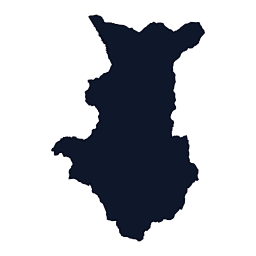 outline of Dagua, Valle del Cauca, Colombia
{"feature_id": "7082276B1809548619611", "entity_name": "Dagua", "entity_type": "district", "adm_level": 2, "iso_a3": "COL", "parent_name": "Colombia", "parent_adm1": "Valle del Cauca", "projection": "mercator", "projection_center": [-76.728, 3.651], "detail": "fine", "context": "isolated", "style": "filled", "palette": "ink", "viewbox_px": 256, "rotation_deg": 0, "n_neighbors": 0, "source": "geoboundaries", "source_scale": "gbopen_adm2", "svg_char_len": 5755}
<svg xmlns="http://www.w3.org/2000/svg" viewBox="0 0 256 256"><path d="M89.2,16.8L93.8,24.3L94.3,24.6L94.6,25.2L94.4,25.9L95.9,27.1L97.0,30.1L98.2,31.1L98.4,31.8L99.4,32.1L99.3,33.9L100.0,34.3L100.2,35.3L100.9,35.6L100.6,36.2L100.0,36.0L100.6,36.7L101.7,37.1L101.7,38.4L102.4,39.6L102.2,40.2L102.6,40.3L103.4,39.7L103.2,41.7L103.9,42.3L104.2,43.2L104.8,43.4L105.1,42.8L106.0,43.5L106.2,44.9L106.4,44.9L106.2,45.5L106.7,46.2L106.4,46.5L107.2,46.8L106.8,48.1L107.0,48.0L107.6,49.0L107.2,49.4L107.5,50.1L106.8,50.5L107.9,51.4L107.6,51.9L107.2,52.1L107.1,52.5L108.3,54.0L109.1,58.2L110.7,59.9L111.0,61.3L112.7,64.6L112.0,66.0L111.5,66.4L110.1,70.4L109.6,70.8L109.5,71.5L108.9,72.3L107.5,72.7L105.7,73.7L104.6,73.7L103.6,74.1L102.5,75.7L101.4,76.0L100.9,76.8L100.4,77.0L99.7,78.6L98.1,79.1L96.9,78.4L95.9,78.5L94.0,80.4L92.4,80.5L91.4,80.1L88.5,80.5L88.5,81.8L89.5,82.3L90.0,83.5L90.3,85.5L90.2,86.4L88.4,90.2L87.4,90.6L85.5,92.1L86.1,94.2L85.8,97.0L86.5,98.8L85.9,101.0L89.2,104.7L90.9,104.6L91.4,104.8L92.0,105.5L93.7,104.9L95.4,105.2L95.6,106.1L96.6,107.6L97.5,108.0L97.7,109.0L98.7,110.0L98.8,111.1L99.8,112.3L100.1,114.3L99.0,115.8L98.6,117.0L99.4,118.5L99.4,119.5L100.0,121.2L97.9,123.5L96.6,125.4L97.0,126.9L96.8,127.8L97.1,128.4L95.0,129.6L93.8,129.6L92.5,130.5L92.6,132.1L91.7,135.3L90.9,135.6L90.2,136.6L89.0,137.4L87.6,138.9L85.2,139.9L84.7,140.7L83.3,140.4L82.2,139.5L77.9,139.4L77.8,139.0L76.5,138.9L75.8,138.3L75.8,137.5L75.0,137.5L74.1,137.1L73.1,137.1L73.0,137.6L72.3,138.0L71.8,138.8L71.4,138.6L70.9,138.0L70.3,138.0L69.8,137.4L69.3,137.8L68.9,137.5L68.2,137.7L67.2,137.2L65.6,137.5L65.2,137.9L63.6,137.7L63.1,138.8L61.2,139.2L61.2,139.8L60.0,141.3L57.8,142.2L56.3,143.4L54.0,148.1L52.7,148.7L51.9,150.2L52.3,150.7L53.6,150.6L54.3,150.9L54.7,151.7L54.7,154.7L55.6,154.9L57.3,154.5L58.0,154.2L58.5,153.3L59.4,152.4L61.6,152.1L62.5,152.6L64.1,156.1L64.9,156.2L65.6,155.6L66.3,155.6L67.2,156.3L68.6,156.5L71.0,158.2L71.4,159.7L73.3,163.1L73.2,163.7L73.5,164.1L72.7,165.7L71.8,166.6L72.0,167.9L70.0,169.8L69.5,171.3L69.5,173.2L70.2,174.6L69.7,177.2L69.4,177.6L69.4,178.5L73.6,178.0L75.3,178.3L75.8,178.8L77.8,179.6L78.2,180.6L79.2,181.2L81.1,181.5L82.5,182.9L86.0,183.8L88.6,185.1L89.5,183.4L89.8,183.2L90.1,183.4L91.7,186.0L92.0,187.4L92.4,187.9L92.8,189.8L92.4,190.9L92.9,192.2L93.6,192.6L94.7,192.6L98.2,195.0L98.7,196.5L100.3,198.6L100.4,200.3L100.8,201.5L103.4,203.3L107.0,212.4L106.7,214.4L107.6,217.3L107.5,219.0L108.4,219.5L110.5,219.7L111.9,220.4L116.4,220.1L117.2,221.2L117.2,222.1L116.7,222.7L116.9,223.8L116.8,225.0L117.9,225.9L118.6,227.8L119.7,228.5L120.0,232.4L121.1,233.6L122.0,235.4L123.0,235.4L123.5,236.1L128.0,236.4L129.5,237.5L130.5,237.8L131.7,237.9L133.6,238.5L136.1,238.6L137.7,239.7L138.3,240.6L140.0,240.6L142.7,238.6L142.7,236.0L143.7,235.0L143.4,233.7L143.3,231.6L144.1,231.5L144.6,230.0L145.8,230.2L147.2,230.0L148.5,228.4L149.6,227.7L149.9,226.3L149.8,224.8L150.4,224.1L150.4,223.1L151.0,222.1L153.2,220.9L155.7,221.6L157.7,220.7L158.8,221.9L161.9,220.6L163.3,218.4L166.4,218.7L167.4,219.3L170.5,219.3L172.8,217.9L173.5,217.0L173.5,216.2L173.9,215.9L173.9,214.9L174.6,213.8L178.4,209.9L179.5,208.0L180.1,207.8L180.7,208.7L181.5,208.9L182.9,205.3L184.1,203.0L184.4,198.8L184.3,198.3L183.7,198.0L184.7,194.5L186.6,192.0L186.8,188.0L187.4,187.3L188.6,187.4L189.3,186.3L190.3,185.6L191.8,183.2L192.2,181.9L193.1,182.0L193.8,181.8L194.9,179.9L195.8,179.7L197.1,180.2L198.0,179.4L197.1,177.7L196.8,175.3L196.8,174.3L197.5,173.6L197.8,170.1L196.8,168.9L195.1,165.8L193.6,164.0L191.3,163.8L189.1,162.2L189.0,161.1L188.7,160.7L189.1,160.3L189.1,159.9L187.8,156.6L188.5,155.3L188.5,152.7L188.1,151.7L187.9,149.7L188.5,148.2L188.7,145.2L187.7,144.1L187.9,143.0L187.5,142.0L188.0,140.9L187.1,140.5L186.3,136.1L184.0,136.6L182.4,137.9L181.8,137.8L180.4,138.2L179.5,137.8L178.6,136.5L177.4,136.5L176.7,136.2L175.9,136.6L174.6,136.3L172.7,137.2L171.3,137.3L171.3,134.9L170.9,133.4L171.2,132.3L170.9,130.9L171.7,130.2L171.6,128.8L171.9,128.1L171.7,127.1L171.9,126.4L172.9,126.1L172.7,125.6L172.7,124.7L173.4,122.7L172.9,121.1L172.1,120.9L171.0,120.0L169.7,117.4L170.5,113.9L171.1,113.1L171.5,111.8L172.6,110.3L175.0,108.9L175.4,107.9L175.3,106.8L174.1,104.7L173.7,103.0L174.5,101.2L175.3,100.3L174.4,96.9L174.6,93.9L172.5,91.1L172.8,89.5L173.3,88.5L173.9,84.7L175.1,81.5L174.7,80.7L174.4,77.4L174.8,74.7L173.1,72.4L171.8,71.8L172.2,70.9L172.0,69.9L172.4,69.8L172.2,69.4L172.4,68.4L172.1,67.9L172.1,67.2L172.8,65.1L172.7,63.9L173.4,62.0L173.4,61.5L174.2,61.1L174.7,60.1L175.5,60.0L176.1,59.2L176.7,59.1L177.0,58.5L178.4,57.7L179.7,56.0L180.5,53.1L181.1,52.8L182.7,51.2L183.8,50.6L184.3,50.7L185.0,50.1L186.1,50.0L186.9,49.0L187.3,47.9L188.1,47.4L189.0,47.4L189.9,47.8L192.2,47.5L192.7,46.7L193.5,46.4L193.7,45.4L194.5,44.8L195.1,45.2L195.6,45.0L196.2,44.4L196.3,43.9L196.6,44.0L197.1,43.4L197.5,43.4L197.8,42.6L198.3,42.6L198.3,41.5L199.4,39.7L199.1,38.6L200.3,37.6L200.5,36.8L204.1,32.9L204.1,32.5L203.5,30.4L202.5,29.5L201.3,27.7L201.2,26.9L199.8,25.3L199.1,23.0L198.4,22.8L196.1,23.0L191.1,22.6L187.5,24.3L185.6,24.4L180.3,28.5L180.0,29.2L179.2,30.0L178.5,29.9L176.8,31.4L175.5,31.4L173.9,32.5L172.7,32.0L172.1,31.1L171.4,30.8L170.7,30.0L169.1,29.8L164.5,26.5L163.4,25.0L163.0,23.9L162.6,23.7L160.6,23.3L158.0,23.4L156.7,24.2L153.7,22.5L152.1,23.7L150.6,23.7L149.3,25.0L148.1,25.6L147.7,26.5L144.5,28.6L142.2,31.1L139.2,33.3L132.8,29.9L132.0,28.5L131.0,28.5L129.9,29.2L127.2,27.9L126.7,27.2L125.6,26.6L123.5,25.7L118.9,25.3L116.9,24.7L115.2,24.7L113.7,23.8L112.1,23.9L111.5,23.3L107.6,23.1L107.2,23.4L104.4,22.8L103.3,22.2L103.1,21.7L103.4,21.2L102.9,20.4L102.9,19.8L102.0,19.0L101.9,18.2L101.3,17.5L100.0,16.6L97.5,16.0L96.8,15.4L96.1,15.4L93.2,16.2L90.3,16.2L89.2,16.8Z" fill="#0f172a" stroke="#020617" stroke-width="1.5"/></svg>